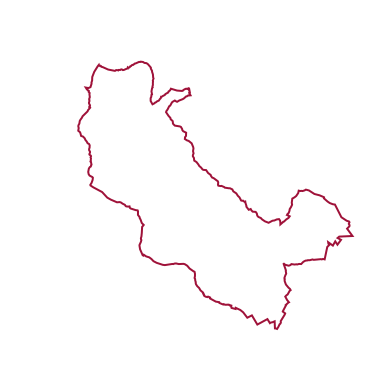 the district of Pestisu Mic, Hunedoara, Romania, rotated 39°
{"feature_id": "2599482B25386537179631", "entity_name": "Pestisu Mic", "entity_type": "district", "adm_level": 2, "iso_a3": "ROU", "parent_name": "Romania", "parent_adm1": "Hunedoara", "projection": "albers", "projection_center": [22.828, 45.805], "detail": "fine", "context": "isolated", "style": "outline", "palette": "rose", "viewbox_px": 384, "rotation_deg": 39, "n_neighbors": 0, "source": "geoboundaries", "source_scale": "gbopen_adm2", "svg_char_len": 6033}
<svg xmlns="http://www.w3.org/2000/svg" viewBox="0 0 384 384"><g transform="rotate(39 192 192)"><path d="M110.6,125.0L110.9,126.1L110.9,127.3L110.5,128.7L110.9,129.6L109.7,132.6L109.8,133.7L108.8,136.0L108.4,137.5L108.1,137.6L108.7,138.9L108.5,139.8L108.7,141.8L107.7,143.8L107.6,144.8L107.0,145.9L107.0,146.7L106.1,148.7L102.6,147.3L100.8,145.1L100.5,143.8L99.3,141.8L99.5,141.3L97.2,139.3L95.6,136.4L95.6,135.4L94.8,134.8L94.3,133.5L92.8,131.7L92.3,130.8L91.5,130.2L90.6,127.9L89.9,127.6L87.6,125.2L85.3,123.7L84.7,123.0L82.3,122.0L81.7,121.2L77.3,120.4L75.6,120.5L73.8,121.6L72.1,121.8L70.1,123.0L69.9,123.6L69.0,124.2L67.2,127.7L66.7,128.2L66.3,130.2L65.8,130.6L65.4,131.5L65.4,132.4L64.9,133.2L65.1,133.6L64.8,134.3L64.9,134.7L64.4,135.2L64.3,135.7L63.9,135.7L64.4,136.4L63.9,136.8L62.2,140.1L61.5,140.8L60.7,140.8L60.0,141.1L59.6,141.6L59.5,142.2L58.2,143.3L58.2,143.9L57.6,144.1L56.3,145.0L56.1,146.0L55.6,146.5L49.8,149.6L44.1,151.1L43.0,151.6L42.2,151.4L41.7,151.9L40.9,151.7L40.4,152.3L40.1,152.3L39.6,151.9L39.6,153.6L40.4,160.1L42.1,165.4L44.2,168.2L45.0,170.2L45.8,171.1L47.1,174.4L46.1,176.4L43.7,177.7L45.7,178.4L48.3,178.4L48.6,179.2L50.2,179.5L50.6,180.4L52.9,182.6L53.6,184.6L54.5,185.1L54.7,185.7L55.2,186.1L55.7,187.4L56.4,188.1L57.6,188.5L58.3,189.0L58.4,190.2L58.7,190.6L59.3,190.2L59.8,190.5L59.7,194.0L60.1,195.0L59.3,202.0L59.7,203.6L59.8,205.9L60.1,207.5L61.4,209.7L61.8,211.7L62.4,212.6L63.7,213.6L65.0,215.9L65.5,216.1L66.8,215.9L68.1,216.4L70.5,218.2L72.5,217.5L74.8,217.8L76.6,218.7L78.3,219.0L80.2,219.8L81.8,219.5L83.1,220.1L84.5,222.0L85.0,223.4L85.7,224.2L87.4,224.9L87.9,225.5L88.4,227.2L88.9,227.5L90.4,227.4L91.0,227.7L91.4,229.0L92.3,229.4L93.4,231.2L93.9,231.5L94.2,231.9L94.1,232.3L95.0,232.6L96.7,234.0L96.7,234.7L97.0,235.0L97.3,236.0L96.9,237.0L97.1,238.7L98.7,241.7L100.5,243.2L102.1,243.7L105.2,243.1L106.0,243.3L107.2,245.2L108.2,248.1L108.5,250.5L109.0,250.8L112.3,250.5L122.2,248.6L129.7,249.7L133.8,249.0L140.2,247.2L142.2,245.3L143.7,244.8L145.2,244.8L147.9,244.2L149.0,244.6L149.9,244.6L151.6,243.5L152.5,242.5L153.7,243.4L154.8,243.4L159.7,241.5L161.3,240.5L162.2,241.0L164.4,243.8L167.1,244.5L168.0,245.3L169.2,245.7L172.5,247.7L175.2,248.0L175.2,250.5L178.8,255.5L180.7,258.4L181.4,260.1L182.2,260.9L182.9,261.2L183.7,263.0L184.5,266.1L184.9,266.7L187.7,269.2L193.5,272.2L194.3,272.0L194.1,271.1L196.9,270.9L199.9,269.7L202.7,269.6L205.6,270.0L209.1,269.3L215.1,267.0L216.9,265.9L222.0,260.3L222.8,259.8L223.4,258.7L224.5,257.6L227.1,256.3L230.7,253.1L232.0,252.6L234.7,252.3L238.3,253.0L242.8,252.7L244.2,252.4L245.8,253.7L247.3,255.6L248.1,257.2L249.1,257.6L250.4,258.9L251.7,259.7L252.0,260.3L253.2,261.2L255.4,261.9L257.9,262.1L260.5,263.1L263.9,263.2L265.3,263.9L265.0,264.1L266.8,265.0L268.4,264.8L269.9,264.1L270.1,264.0L270.3,263.2L271.9,262.7L272.5,262.6L272.9,263.4L279.5,262.2L282.5,260.5L283.1,261.0L287.1,259.8L287.2,259.2L288.7,258.8L291.0,256.8L291.6,257.5L291.3,256.6L291.5,256.4L293.0,256.0L293.6,256.9L293.3,255.9L294.1,256.7L293.6,255.7L294.1,255.5L294.8,256.6L295.7,257.2L299.5,255.5L298.9,254.5L303.8,253.3L307.5,253.3L314.1,254.9L316.2,250.2L326.2,253.9L330.6,243.3L335.1,244.9L335.3,244.0L336.5,242.6L337.6,240.5L342.3,245.8L343.0,245.3L344.3,244.9L344.0,242.5L343.3,239.6L343.5,239.0L343.5,238.5L343.2,237.5L342.6,237.0L342.2,236.4L341.2,228.9L340.8,227.7L337.8,227.8L337.6,227.2L336.3,220.7L336.0,220.7L336.5,217.1L336.7,216.7L333.9,216.1L330.3,214.6L330.4,212.9L330.8,211.4L330.1,207.4L330.4,206.2L329.2,205.7L327.1,205.6L323.2,204.8L320.2,203.0L319.5,202.3L318.9,201.3L318.5,201.3L317.8,200.4L316.9,197.7L316.6,196.2L314.5,194.3L314.3,193.8L308.5,190.2L308.6,189.9L310.2,189.9L313.4,188.5L314.1,187.6L314.6,186.3L314.6,185.5L317.4,183.8L318.6,182.5L319.3,182.2L320.5,180.5L322.2,179.3L322.4,176.6L322.7,175.5L323.4,173.9L324.8,172.5L324.9,172.1L326.5,170.8L328.1,168.6L329.3,168.1L334.5,163.0L335.3,162.7L335.9,161.6L337.5,160.9L331.7,149.6L332.0,146.6L330.6,146.4L329.4,145.3L335.2,145.0L334.4,140.2L338.2,141.4L337.9,135.4L334.1,136.1L334.5,134.0L344.4,125.2L335.6,122.9L335.9,119.6L335.3,118.6L333.9,118.1L333.4,116.4L332.6,116.1L330.3,117.0L324.0,117.6L311.0,111.8L309.1,112.9L306.0,113.9L303.3,114.1L298.5,113.9L298.0,113.0L297.8,113.0L293.2,114.3L288.4,116.5L281.9,117.2L279.0,118.5L278.5,119.9L277.3,121.7L276.4,122.2L275.5,123.1L274.1,123.8L275.2,126.0L275.5,129.6L275.0,131.7L274.1,134.0L276.3,137.6L277.8,138.9L278.4,141.3L278.7,143.8L279.6,145.3L280.3,147.3L280.1,149.5L281.1,149.9L281.9,149.4L281.6,149.8L283.2,149.4L283.3,151.5L282.5,154.0L282.1,157.1L281.6,157.8L281.7,158.1L281.1,161.6L279.5,159.7L278.4,158.8L276.7,158.3L275.1,160.0L274.0,162.2L272.6,163.7L270.9,167.7L267.2,168.9L263.6,169.2L261.9,168.9L259.3,169.6L257.6,169.3L255.9,167.9L254.0,167.4L251.5,169.1L249.8,168.9L248.3,168.3L247.3,170.1L243.5,169.2L243.1,168.6L240.5,166.9L239.5,166.0L239.3,166.6L237.1,166.6L236.6,167.2L235.5,167.7L232.3,166.3L230.0,166.1L227.3,165.2L223.7,165.5L221.7,164.6L219.2,165.2L218.3,165.9L214.7,168.0L213.9,167.9L211.1,168.7L210.5,169.4L208.5,170.5L207.7,170.1L206.3,168.0L205.3,167.4L200.1,167.6L198.5,168.1L196.5,167.5L195.8,167.0L192.5,167.1L189.2,166.1L186.8,167.7L185.8,167.8L183.8,167.3L181.2,167.2L179.7,166.6L176.6,165.9L174.0,166.2L172.0,164.3L170.2,163.7L169.5,162.8L168.9,161.0L167.1,159.6L165.7,157.2L164.6,156.3L161.1,154.4L157.2,154.4L155.8,155.0L153.1,155.3L152.1,153.8L152.1,152.4L151.9,152.0L150.1,149.6L146.9,150.3L145.6,150.0L144.6,149.2L142.4,148.4L141.3,148.7L136.9,151.2L134.7,151.0L134.0,150.7L133.1,149.7L132.2,149.0L129.7,148.9L128.5,148.0L125.8,147.6L121.6,146.3L121.2,145.3L121.1,143.3L120.3,139.7L120.7,138.6L120.1,135.3L120.1,134.3L121.1,131.7L123.1,131.5L123.7,131.2L124.5,128.9L126.3,125.8L126.8,124.5L127.3,121.4L127.9,120.7L128.1,119.7L130.0,117.8L128.8,117.3L128.5,117.5L127.3,116.5L127.7,116.0L124.6,113.4L124.4,113.4L124.4,113.9L124.8,114.5L123.7,114.2L123.4,115.0L122.4,115.4L121.6,116.9L121.1,118.3L121.1,119.2L120.3,120.0L116.5,122.6L110.6,125.0Z" fill="none" stroke="#9f1239" stroke-width="2"/></g></svg>